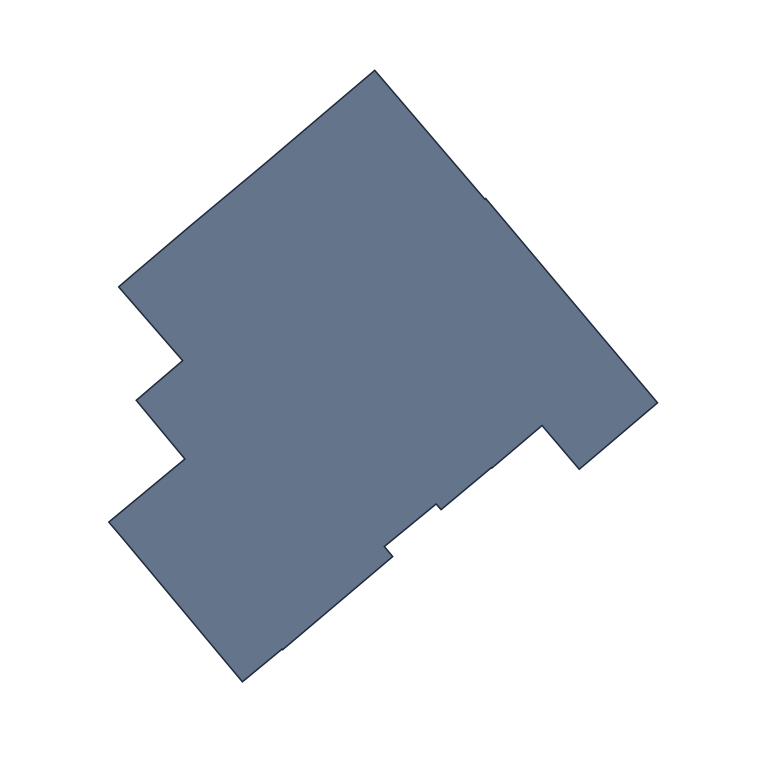 outline of 9 de Julio, Buenos Aires, Argentina, rotated 276°
{"feature_id": "61730980B74686542739453", "entity_name": "9 de Julio", "entity_type": "district", "adm_level": 2, "iso_a3": "ARG", "parent_name": "Argentina", "parent_adm1": "Buenos Aires", "projection": "albers", "projection_center": [-61.024, -35.536], "detail": "fine", "context": "isolated", "style": "filled", "palette": "slate", "viewbox_px": 768, "rotation_deg": 276, "n_neighbors": 0, "source": "geoboundaries", "source_scale": "gbopen_adm2", "svg_char_len": 518}
<svg xmlns="http://www.w3.org/2000/svg" viewBox="0 0 768 768"><g transform="rotate(276 384 384)"><path d="M356.9,622.7L393.9,658.0L452.3,597.3L579.1,465.8L578.2,465.1L695.0,342.0L647.5,296.6L590.4,242.2L520.5,174.3L468.5,124.7L452.9,110.0L452.3,110.5L386.2,181.3L341.9,139.3L288.6,193.8L217.9,124.7L205.1,138.2L73.0,274.3L109.7,310.3L109.1,310.9L213.3,410.7L222.4,401.3L270.1,448.4L265.0,453.9L312.1,499.6L311.6,500.0L359.2,545.5L319.6,587.1L356.9,622.7Z" fill="#64748b" stroke="#1e293b" stroke-width="1.5"/></g></svg>